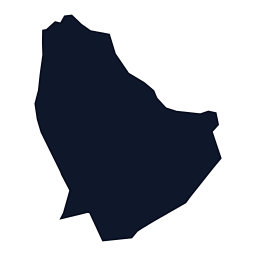 To'grog, Övörhangay, Mongolia
{"feature_id": "93677404B32305835855955", "entity_name": "To'grog", "entity_type": "district", "adm_level": 2, "iso_a3": "MNG", "parent_name": "Mongolia", "parent_adm1": "Övörhangay", "projection": "mercator", "projection_center": [103.168, 45.3], "detail": "fine", "context": "isolated", "style": "filled", "palette": "ink", "viewbox_px": 256, "rotation_deg": 0, "n_neighbors": 0, "source": "geoboundaries", "source_scale": "gbopen_adm2", "svg_char_len": 676}
<svg xmlns="http://www.w3.org/2000/svg" viewBox="0 0 256 256"><path d="M64.7,16.2L60.7,23.3L55.2,22.0L46.5,29.8L42.9,30.4L42.7,42.9L43.1,54.8L40.4,74.4L38.7,90.3L35.2,103.7L37.5,119.2L41.3,132.1L60.9,171.9L61.8,174.5L70.1,190.3L63.7,213.0L60.8,218.6L87.6,212.1L89.8,212.5L102.8,240.6L131.7,237.6L137.0,231.2L141.3,228.3L153.4,221.0L185.7,202.5L189.4,197.4L189.6,197.1L213.1,167.5L220.8,158.2L211.9,131.6L217.3,125.6L218.2,124.6L215.8,113.0L208.4,111.4L200.3,114.1L176.2,111.5L165.8,108.1L156.9,98.5L155.2,94.8L155.0,94.1L153.6,90.8L144.2,82.9L128.4,73.4L115.1,53.9L109.2,34.5L90.4,31.0L81.2,24.5L71.7,15.4L64.7,16.2Z" fill="#0f172a" stroke="#020617" stroke-width="1.5"/></svg>